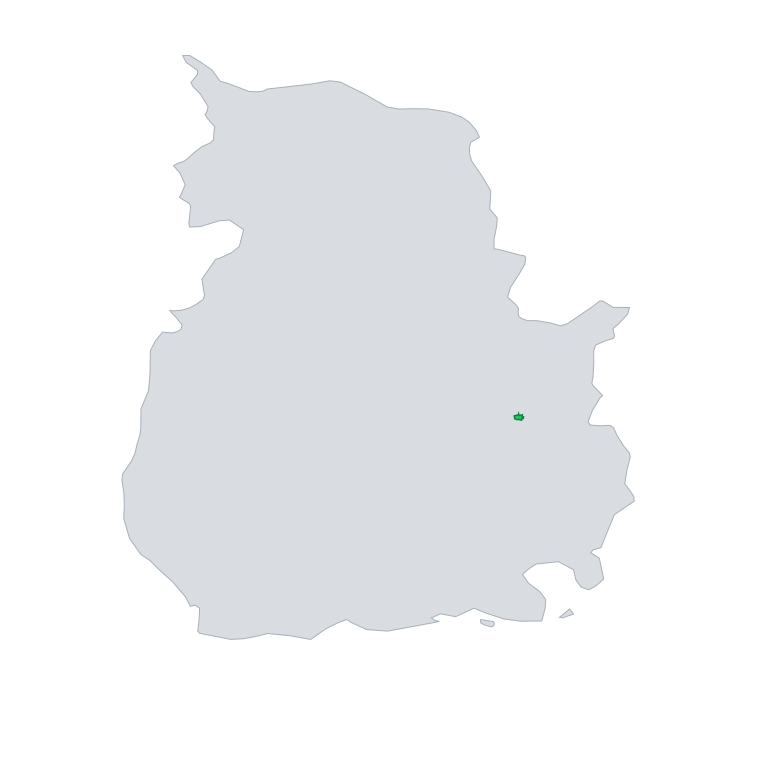 Ta Khmau, Kândal, Cambodia shown in context, rotated 283°
{"feature_id": "14789045B91886008467417", "entity_name": "Ta Khmau", "entity_type": "district", "adm_level": 2, "iso_a3": "KHM", "parent_name": "Cambodia", "parent_adm1": "Kândal", "projection": "natural_earth1", "projection_center": [104.946, 11.457], "detail": "fine", "context": "in_parent", "style": "filled", "palette": "green", "viewbox_px": 768, "rotation_deg": 283, "n_neighbors": 0, "source": "geoboundaries", "source_scale": "gbopen_adm2", "svg_char_len": 3438}
<svg xmlns="http://www.w3.org/2000/svg" viewBox="0 0 768 768"><g transform="rotate(283 384 384)"><path d="M658.7,113.9L660.4,120.8L656.0,133.9L651.2,145.8L642.2,156.2L641.8,163.9L638.7,186.7L639.9,194.0L642.1,200.2L645.0,203.5L652.9,225.8L660.1,246.2L667.2,262.8L668.4,273.4L662.1,300.1L654.6,324.7L655.3,336.9L658.5,349.2L662.0,365.5L663.4,386.4L661.5,400.0L658.1,408.5L651.6,417.1L646.0,421.5L639.1,414.2L633.7,413.9L626.4,416.1L620.7,419.5L609.1,432.2L596.2,444.6L578.3,447.7L571.3,456.9L563.9,458.2L549.7,458.7L540.5,460.8L540.9,465.4L540.2,487.2L540.4,492.3L538.9,493.7L532.5,494.3L521.7,491.0L507.0,485.6L496.5,484.8L491.2,494.3L488.0,498.0L484.0,498.6L479.9,500.2L478.5,504.5L478.1,509.8L480.1,518.8L480.9,533.3L480.4,543.1L484.2,549.3L506.7,570.2L513.3,575.4L514.1,578.6L510.2,589.9L513.7,605.9L506.6,605.6L494.9,598.7L489.3,594.6L482.5,597.9L480.1,597.3L475.5,589.4L469.5,581.4L463.3,580.9L450.3,584.0L436.9,586.2L431.8,586.2L429.7,587.6L422.0,599.6L418.7,597.5L405.2,593.0L393.0,591.3L390.4,594.3L391.9,604.1L394.6,613.6L393.0,617.6L386.3,622.6L377.4,631.6L371.9,638.7L368.1,640.4L354.5,640.1L341.0,641.0L335.5,647.6L330.5,652.7L326.1,654.1L308.4,637.8L273.3,632.1L269.4,624.9L266.1,623.5L262.8,632.9L243.5,641.9L235.5,636.4L229.5,629.8L230.4,621.8L236.0,615.2L245.6,610.5L250.1,593.9L242.8,572.7L236.4,566.6L229.6,561.7L222.5,569.5L216.5,583.0L210.3,590.0L201.5,591.5L188.6,591.0L183.7,570.8L182.0,553.6L183.8,533.9L185.8,522.2L173.4,506.1L172.8,490.7L166.8,482.8L165.0,486.8L165.2,491.2L163.5,488.0L144.0,443.0L140.8,422.2L144.2,406.1L146.2,400.7L140.5,392.2L132.6,382.6L118.6,370.0L117.7,350.1L114.7,326.6L110.5,318.7L104.1,304.2L100.7,292.2L99.6,260.5L101.4,258.0L111.3,257.1L124.0,254.8L126.0,249.7L123.8,245.4L132.0,238.3L143.7,222.5L152.8,206.1L159.3,195.7L163.2,185.4L176.3,170.8L194.4,160.7L206.7,158.4L219.5,155.0L231.7,150.1L237.6,149.6L252.8,155.5L261.0,157.0L269.6,156.9L278.5,157.6L286.3,157.0L305.0,152.8L324.7,156.1L342.4,153.5L364.2,148.8L375.0,151.8L384.7,156.5L386.1,166.2L388.4,170.6L391.6,174.0L396.0,174.0L401.5,167.3L406.2,160.3L407.7,159.0L407.9,162.5L410.3,170.0L414.4,177.4L418.6,182.3L425.7,188.8L430.2,189.1L445.2,183.0L467.6,191.9L470.2,196.4L477.4,205.6L485.3,212.1L502.8,212.5L509.0,196.4L505.9,186.6L496.0,169.5L493.2,159.4L496.4,157.7L513.3,155.7L516.0,153.8L519.7,142.7L524.3,143.9L533.6,145.4L543.5,137.8L549.4,129.8L552.6,133.5L556.1,139.0L559.9,142.3L567.0,147.1L574.9,153.8L579.7,160.4L583.7,163.0L593.7,161.2L596.4,161.4L602.2,153.4L606.2,149.0L609.7,150.3L614.7,150.2L625.2,139.9L631.1,130.6L634.4,128.0L643.8,132.7L647.5,131.8L652.9,118.9L658.7,113.9ZM177.1,544.3L175.2,545.5L173.4,545.4L171.5,543.6L171.7,536.3L173.1,531.9L176.2,531.1L177.1,544.3ZM206.4,615.5L202.5,620.4L196.2,610.3L196.2,607.5L206.4,615.5Z" fill="#d9dde1" stroke="#a8b0b8" stroke-width="1"/><path d="M382.6,527.4L382.7,527.2L382.8,527.1L382.9,526.8L382.8,526.7L382.9,526.8L383.0,526.9L383.0,526.7L383.3,526.7L383.5,526.7L383.7,525.7L385.1,525.7L383.7,522.8L385.2,521.9L384.8,521.9L384.5,521.7L384.2,521.5L383.9,521.4L383.8,521.1L383.7,520.9L383.4,520.5L383.2,520.0L383.0,519.6L382.8,519.2L382.7,519.0L382.6,518.6L382.4,518.3L382.3,518.1L381.1,518.5L379.5,519.2L379.5,519.6L379.4,519.9L379.4,520.0L379.4,520.3L379.2,521.4L379.3,521.8L379.4,522.2L379.5,522.5L379.7,523.2L379.7,523.3L379.7,523.9L379.7,524.3L379.7,526.2L381.7,526.2L381.7,527.4L382.6,527.4Z" fill="#22c55e" stroke="#15803d" stroke-width="1.5"/></g></svg>